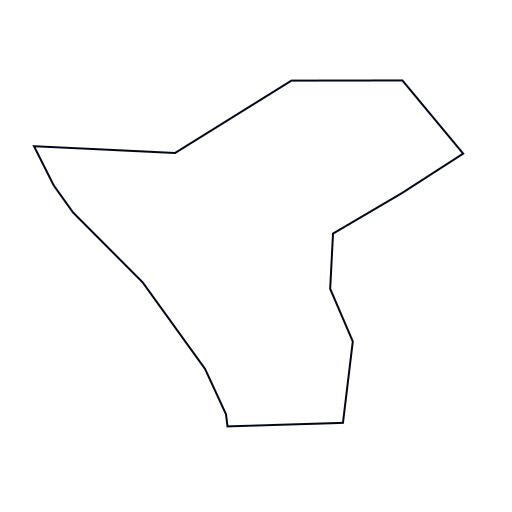 Distrito Nacional, Equal Earth projection, rotated 86°
{"feature_id": "DOM-1985", "entity_name": "Distrito Nacional", "entity_type": "National District", "adm_level": 1, "iso_a3": "DOM", "parent_name": "Dominican Republic", "parent_adm1": "", "projection": "equal_earth", "projection_center": [-69.937, 18.482], "detail": "fine", "context": "isolated", "style": "outline", "palette": "ink", "viewbox_px": 512, "rotation_deg": 86, "n_neighbors": 0, "source": "natural_earth", "source_scale": "10m", "svg_char_len": 365}
<svg xmlns="http://www.w3.org/2000/svg" viewBox="0 0 512 512"><g transform="rotate(86 256 256)"><path d="M424.0,296.3L411.7,297.0L365.1,314.7L274.4,370.9L199.8,435.5L171.4,452.9L131.0,469.8L147.6,329.6L83.5,208.4L91.1,97.7L168.3,42.2L203.5,106.2L239.0,177.6L293.9,184.3L348.0,165.4L428.5,180.9L424.0,296.3Z" fill="none" stroke="#020617" stroke-width="2"/></g></svg>